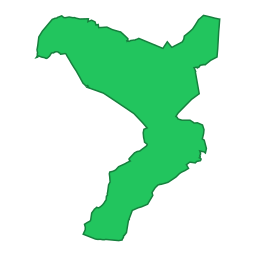 Atlixtac, Guerrero, Mexico
{"feature_id": "50627088B22623641614442", "entity_name": "Atlixtac", "entity_type": "district", "adm_level": 2, "iso_a3": "MEX", "parent_name": "Mexico", "parent_adm1": "Guerrero", "projection": "orthographic", "projection_center": [-98.897, 17.476], "detail": "fine", "context": "isolated", "style": "filled", "palette": "green", "viewbox_px": 256, "rotation_deg": 0, "n_neighbors": 0, "source": "geoboundaries", "source_scale": "gbopen_adm2", "svg_char_len": 4823}
<svg xmlns="http://www.w3.org/2000/svg" viewBox="0 0 256 256"><path d="M109.8,172.0L109.3,173.8L109.7,176.8L110.1,182.0L108.6,184.8L107.6,192.4L107.3,193.2L107.4,195.3L106.4,196.2L106.2,199.5L106.1,199.9L105.0,201.4L104.2,202.8L102.5,205.0L102.1,205.3L100.8,206.5L98.7,207.9L96.5,207.3L95.8,208.2L94.4,209.2L94.2,209.6L91.7,213.0L90.7,220.0L89.9,221.2L87.3,222.5L84.5,224.3L85.3,227.2L85.2,229.8L83.2,234.2L95.3,239.0L97.6,239.4L100.4,239.3L102.7,239.7L104.6,239.7L105.7,239.4L118.7,240.6L122.1,240.0L122.2,239.6L122.3,239.1L122.5,238.9L122.6,238.7L122.7,238.2L122.9,238.0L123.1,237.9L123.3,237.8L123.3,237.7L123.4,237.3L123.5,237.1L123.6,236.7L123.6,236.3L123.5,236.0L123.6,235.7L123.9,235.5L124.2,235.4L124.5,235.3L124.8,234.4L125.1,234.2L125.4,234.1L125.6,233.7L125.7,233.4L125.9,233.0L126.1,232.9L126.4,232.8L128.4,220.7L128.7,220.0L128.9,219.9L129.2,219.6L129.3,219.4L129.1,218.9L132.3,210.4L137.9,207.9L138.8,207.6L141.6,206.8L147.6,204.2L149.3,201.3L152.8,195.4L152.0,192.6L154.7,188.4L155.4,187.5L158.1,184.9L159.8,184.5L160.0,184.2L160.2,184.3L160.6,184.3L160.8,184.4L164.8,183.3L166.8,182.7L167.8,182.4L168.7,181.9L176.1,176.9L179.4,173.6L181.3,172.3L182.5,171.7L184.9,170.6L188.5,168.4L186.4,164.7L189.8,162.1L195.3,162.9L196.5,161.7L197.0,161.4L200.4,160.7L201.0,159.5L201.0,159.0L200.9,158.7L200.7,158.5L200.0,158.2L199.5,157.9L199.9,157.7L200.0,157.6L200.0,157.4L200.1,157.1L200.2,156.9L200.2,156.7L199.9,156.7L199.8,156.4L199.8,156.1L199.8,155.6L199.8,155.4L199.9,155.2L200.0,155.1L200.3,154.9L200.2,154.7L200.4,154.4L200.5,154.0L200.5,153.8L200.5,153.7L200.4,153.6L200.5,153.4L200.6,152.9L200.5,152.6L200.4,152.5L200.2,152.4L200.2,152.0L200.1,151.9L200.0,151.7L199.7,150.9L204.5,152.0L204.7,152.5L204.8,152.6L205.0,152.7L205.4,153.0L206.4,148.5L204.2,140.1L202.3,139.0L203.6,133.6L204.0,129.7L202.5,125.0L197.4,122.8L194.2,123.1L193.9,122.9L193.7,122.7L190.0,120.2L182.0,120.2L178.1,119.0L177.6,118.2L177.0,117.2L176.1,116.5L175.9,116.4L177.9,113.3L178.8,112.3L191.5,99.4L199.2,93.7L195.4,72.2L195.5,71.8L195.7,71.4L195.5,71.0L195.4,70.8L194.1,67.7L194.3,67.7L195.1,67.5L195.4,67.4L195.5,67.3L195.9,67.3L196.1,67.3L196.3,67.3L196.4,67.5L196.5,67.6L196.8,67.6L196.9,67.3L197.0,67.3L197.4,67.3L197.6,67.3L197.8,67.4L198.0,67.4L198.0,67.5L198.2,67.3L198.3,67.3L198.5,67.3L198.7,67.1L198.8,67.1L199.1,67.0L199.3,66.7L199.4,66.4L199.6,66.3L199.8,65.9L199.7,65.8L199.7,65.6L199.8,65.5L200.0,65.4L200.5,65.3L200.9,65.1L201.1,65.1L201.3,65.1L201.5,64.9L201.8,64.9L201.9,65.0L202.0,65.0L202.3,65.0L202.5,64.7L202.8,64.6L203.1,64.7L203.3,64.8L203.5,64.7L203.8,64.5L204.0,64.7L204.3,64.7L204.5,64.6L204.8,64.6L205.1,64.8L210.7,60.3L217.0,57.0L217.7,48.9L218.7,31.4L219.1,27.0L219.7,19.1L219.2,19.1L216.6,18.5L215.0,18.2L211.3,17.2L206.3,16.0L203.5,15.4L200.0,18.5L198.6,19.6L195.1,25.3L192.6,29.0L189.6,31.8L184.3,36.1L183.8,39.2L182.4,41.8L180.1,43.1L175.0,45.7L171.9,47.4L171.7,47.3L167.3,41.8L162.9,48.4L138.8,38.4L138.4,38.5L138.1,38.7L137.7,39.0L136.5,39.4L135.7,39.6L135.3,39.9L135.1,40.0L134.9,40.1L134.6,40.1L134.0,40.1L133.7,40.1L131.8,40.4L131.3,40.4L131.2,40.5L130.7,40.5L130.4,40.7L130.1,40.8L129.7,41.1L129.4,41.3L129.2,41.4L128.8,41.2L128.7,41.2L128.4,41.2L128.3,41.3L128.1,41.3L127.8,41.2L127.7,41.1L127.2,40.9L126.9,40.9L126.8,40.7L127.0,40.6L127.3,40.7L127.3,40.8L127.4,40.7L127.5,40.7L127.8,40.3L127.9,40.2L127.9,39.9L127.8,39.6L127.8,39.3L127.8,39.1L127.9,38.7L124.9,35.8L120.6,31.9L120.2,31.9L113.9,30.1L112.0,29.5L106.9,27.1L103.9,27.3L102.9,27.4L98.7,27.6L98.2,24.5L96.0,25.0L95.0,21.9L91.5,20.2L87.9,21.7L88.4,18.8L79.8,19.0L75.5,18.0L74.7,17.6L74.4,17.6L72.9,17.7L69.2,17.0L65.3,17.7L64.3,17.6L63.8,17.6L61.8,15.9L61.3,15.9L60.6,16.3L59.0,16.9L58.1,17.2L57.5,17.4L56.8,18.1L56.7,18.1L54.5,18.4L53.7,18.9L52.3,19.3L42.4,31.1L40.0,35.0L38.8,37.0L37.8,45.2L37.0,49.8L37.6,53.0L37.4,53.4L37.3,53.7L37.3,55.5L37.0,56.5L36.3,57.5L37.8,57.0L38.2,55.8L38.6,55.9L40.3,56.6L42.0,57.2L44.4,57.6L45.8,58.3L46.6,58.4L47.1,58.2L47.4,57.9L47.9,57.6L49.5,56.1L51.4,53.1L52.0,53.0L52.3,52.8L53.5,52.9L53.7,52.6L54.6,52.4L54.6,52.1L54.8,51.9L55.4,51.8L56.2,51.7L56.6,51.8L57.0,51.8L57.6,51.8L57.8,51.8L58.0,51.9L58.2,52.1L58.5,52.6L58.9,52.6L59.2,52.7L59.5,52.9L60.0,53.4L60.5,54.2L62.3,54.0L64.8,53.6L65.6,53.7L66.3,54.4L66.9,55.7L70.0,60.8L70.8,62.3L72.6,65.3L74.3,68.0L76.3,71.0L77.9,73.9L79.9,77.4L81.1,79.7L82.0,81.3L82.7,82.6L83.0,83.2L83.9,84.0L84.8,84.8L85.4,85.5L85.8,86.0L87.7,85.5L88.0,86.0L87.1,87.2L88.4,87.2L88.8,87.5L88.5,87.8L103.4,93.1L110.4,97.7L134.0,113.6L142.5,122.6L147.1,127.9L143.9,129.3L143.2,132.8L143.6,137.3L144.4,140.9L144.5,142.1L147.2,144.3L147.2,144.8L146.4,146.0L139.6,151.1L137.1,151.5L134.5,152.9L129.1,158.7L129.1,159.7L130.3,161.0L126.8,162.7L124.9,163.8L118.6,166.7L115.7,169.9L113.6,171.0L112.5,171.4L109.8,172.0Z" fill="#22c55e" stroke="#15803d" stroke-width="1.5"/></svg>